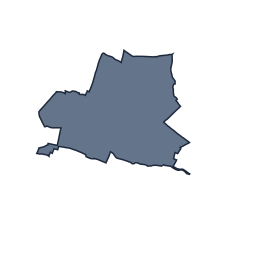 Muntenii De Jos, Vaslui, Romania, rotated 316°
{"feature_id": "2599482B60230314306463", "entity_name": "Muntenii De Jos", "entity_type": "district", "adm_level": 2, "iso_a3": "ROU", "parent_name": "Romania", "parent_adm1": "Vaslui", "projection": "albers", "projection_center": [27.801, 46.588], "detail": "fine", "context": "isolated", "style": "filled", "palette": "slate", "viewbox_px": 256, "rotation_deg": 316, "n_neighbors": 0, "source": "geoboundaries", "source_scale": "gbopen_adm2", "svg_char_len": 5656}
<svg xmlns="http://www.w3.org/2000/svg" viewBox="0 0 256 256"><g transform="rotate(316 128 128)"><path d="M139.9,203.7L139.9,203.9L140.5,203.9L140.3,203.2L139.8,200.5L139.7,199.4L139.0,196.4L138.8,195.8L138.4,195.2L137.0,194.1L136.5,193.5L136.0,192.9L135.7,192.4L135.3,191.7L135.0,191.2L134.9,190.7L134.5,189.8L134.4,189.1L134.1,188.0L133.8,187.1L135.1,186.5L138.2,185.7L140.8,184.7L140.1,183.2L139.5,181.7L144.8,178.3L145.9,180.9L149.3,180.1L151.0,179.7L151.8,179.4L152.0,179.2L152.1,178.8L152.0,178.2L154.9,179.2L157.7,179.9L160.9,180.9L162.1,181.2L162.0,180.2L161.1,174.5L161.0,173.8L160.7,173.0L160.5,171.9L160.2,169.3L159.7,166.8L159.4,164.1L159.2,161.7L159.0,160.7L158.6,158.3L158.4,155.9L158.0,153.8L158.0,151.9L157.9,151.3L157.7,148.6L161.1,148.6L161.5,148.8L162.9,148.9L174.0,148.8L180.8,148.9L180.9,146.9L181.0,146.0L181.4,144.4L181.6,141.6L181.6,141.4L183.1,141.5L183.4,141.5L183.6,140.9L183.7,140.3L183.7,139.7L183.7,139.4L183.6,138.8L183.4,138.2L183.3,137.6L183.3,137.2L183.3,136.9L183.4,136.6L183.5,136.4L184.2,135.6L184.8,134.7L185.7,133.5L185.8,133.3L186.8,132.5L187.2,132.1L188.2,130.5L188.5,130.0L188.7,129.5L188.9,129.3L190.3,128.8L191.1,128.3L191.3,128.3L191.6,128.3L192.5,129.0L193.0,128.5L194.4,127.0L194.6,126.6L194.7,125.6L195.1,122.6L195.6,121.7L196.1,120.8L197.2,119.0L197.5,118.5L197.9,117.7L198.3,117.0L198.5,116.7L199.3,115.8L199.9,115.1L201.9,113.7L204.2,112.2L206.5,110.4L207.3,109.6L207.9,108.8L209.7,107.0L210.2,106.3L210.5,106.0L211.3,105.8L210.6,105.6L210.3,105.1L210.0,104.9L209.1,104.3L208.9,104.0L206.6,102.6L202.4,99.2L199.7,97.3L199.4,97.3L199.0,97.2L198.5,97.2L198.3,97.0L198.1,96.9L198.0,96.5L197.9,96.2L197.2,95.6L195.9,94.6L195.5,94.4L194.6,93.4L192.7,91.3L190.7,89.2L189.4,87.8L188.0,86.3L184.8,83.2L184.3,82.7L183.7,82.1L182.8,81.4L182.1,80.7L181.8,80.5L181.4,80.1L181.1,79.7L180.9,78.6L180.4,76.3L180.2,75.5L180.1,74.8L180.0,74.1L179.8,73.3L179.4,71.6L179.3,70.7L179.1,69.3L178.3,69.9L176.2,71.4L175.0,72.2L173.9,73.0L172.1,74.0L171.1,74.6L169.1,75.7L168.6,76.1L168.3,74.9L168.0,73.8L167.9,73.2L167.4,72.0L166.5,70.1L166.4,69.7L166.3,68.4L166.1,66.6L165.8,65.6L165.3,64.7L165.0,64.0L164.2,62.9L163.0,60.0L162.9,58.4L162.7,57.8L162.5,57.3L162.1,56.8L161.9,56.8L161.2,56.9L160.7,56.9L160.1,56.9L160.0,57.0L159.6,57.2L159.4,57.3L159.2,57.4L154.8,59.2L151.2,61.1L149.7,62.0L145.1,64.7L143.9,65.3L143.6,65.2L142.1,66.1L140.9,66.9L137.2,69.1L134.7,70.5L133.9,71.0L130.9,72.4L130.7,72.6L130.1,72.9L129.8,72.9L129.6,73.0L127.3,74.1L127.1,74.1L126.2,74.5L125.4,74.9L125.1,75.0L125.1,74.7L125.1,74.3L124.7,73.4L124.5,73.0L124.1,73.3L123.4,73.6L122.9,73.7L122.3,73.9L121.7,74.2L121.0,74.4L120.0,74.9L119.9,74.4L119.6,73.5L119.2,73.0L118.8,72.3L118.4,71.9L118.0,71.7L117.8,71.5L117.7,71.4L117.3,71.1L116.4,70.0L117.3,69.0L116.7,68.0L116.5,67.9L116.5,67.7L116.2,66.8L116.1,66.4L115.9,65.6L115.8,65.3L115.6,65.2L115.3,64.8L114.9,64.7L114.5,63.5L114.1,63.1L113.8,62.9L113.4,62.6L111.9,62.3L110.9,61.9L110.4,61.4L109.9,60.2L109.0,58.3L108.7,57.7L108.5,58.0L107.6,59.0L107.3,59.2L106.7,59.7L106.4,58.7L106.4,58.4L106.2,57.9L105.8,57.2L105.5,56.6L104.4,54.9L104.1,54.8L103.4,54.1L103.2,53.8L102.3,52.7L101.7,52.1L101.4,52.4L99.1,52.6L98.7,52.5L97.9,52.6L97.6,52.6L96.3,52.6L94.8,52.8L94.1,52.8L91.7,53.2L90.2,53.2L87.3,53.4L82.5,53.8L81.9,53.9L81.0,53.9L76.5,54.2L75.3,54.4L74.5,55.1L72.9,57.3L72.1,58.7L72.1,58.9L71.9,59.5L71.5,60.9L70.8,62.9L70.7,63.2L70.5,63.9L70.2,64.7L70.1,65.4L69.4,67.5L69.2,68.2L68.9,69.0L69.0,69.2L69.1,69.5L69.5,69.7L70.0,69.9L70.3,70.0L70.6,70.0L70.8,70.1L71.7,71.7L72.4,73.4L73.3,74.8L74.5,76.1L77.3,78.7L78.8,80.2L79.2,80.7L79.8,81.1L79.9,81.4L79.0,81.9L74.4,85.0L70.5,87.7L66.5,90.4L65.0,91.3L59.8,83.6L58.7,84.3L58.5,84.5L58.1,84.2L57.4,83.9L57.0,83.8L55.0,83.3L54.2,82.9L53.4,82.4L52.1,81.8L51.7,81.4L51.3,81.4L50.3,80.6L49.8,80.5L48.5,81.4L46.8,82.1L44.7,82.9L44.9,83.2L45.4,83.9L46.4,85.4L46.6,85.7L46.9,85.8L47.1,86.0L47.4,86.1L47.5,86.2L48.2,87.0L48.5,87.7L49.1,88.5L49.7,89.2L50.7,90.8L50.9,91.2L51.1,91.7L51.4,92.8L51.5,93.5L52.6,92.5L52.8,92.5L52.8,92.4L53.0,92.4L53.8,92.2L55.4,91.5L55.9,93.6L60.4,91.5L60.9,92.5L61.9,94.0L62.3,94.8L65.3,93.1L66.7,94.8L67.7,96.2L68.5,97.2L69.4,98.6L70.6,100.1L71.4,101.0L71.8,101.6L75.5,108.9L76.1,110.4L77.3,113.1L78.8,116.9L79.0,117.3L78.8,117.5L78.7,118.6L78.0,119.4L77.9,119.6L78.2,120.2L78.6,121.1L79.3,122.8L80.0,124.1L80.4,124.7L80.7,125.1L81.8,126.1L82.2,126.7L82.6,126.5L83.8,128.7L83.9,128.8L84.1,129.1L84.6,130.2L87.9,137.8L89.3,137.2L92.8,135.8L94.5,135.1L98.9,132.9L99.3,134.4L99.5,135.6L99.6,136.0L99.0,139.8L98.9,141.0L99.1,141.9L99.7,143.0L101.1,145.3L101.9,146.6L102.6,147.9L103.1,148.6L103.3,149.4L104.4,151.1L104.6,151.6L104.7,152.0L104.8,152.4L105.3,153.3L105.9,154.0L106.1,155.0L106.0,155.6L106.0,155.9L106.1,156.3L106.5,156.9L107.2,157.5L107.5,157.9L108.8,158.0L109.4,158.3L109.5,158.4L110.0,158.9L110.3,159.4L110.8,160.2L111.1,160.8L111.4,161.5L111.5,162.0L112.0,162.9L112.6,163.5L113.0,164.1L113.7,164.8L114.6,166.0L115.1,166.8L115.5,167.9L115.5,168.8L115.7,169.1L116.3,169.6L117.4,170.5L118.0,171.2L118.4,171.5L119.7,172.0L120.7,172.9L121.2,173.2L122.2,174.3L123.4,175.5L124.1,176.8L124.4,177.1L125.0,177.5L125.2,178.0L125.3,178.4L125.5,178.6L125.9,178.7L126.4,178.8L127.8,179.1L128.1,179.4L128.3,179.7L128.4,180.2L128.5,180.7L129.3,181.3L130.0,182.4L130.4,182.9L131.7,184.6L132.1,185.2L132.3,185.9L132.5,187.1L132.7,188.2L133.0,189.3L133.5,190.9L133.9,191.9L134.6,193.1L135.5,194.0L135.8,194.2L136.3,194.3L136.8,194.8L137.3,195.2L137.6,195.6L138.0,196.5L138.5,197.8L138.6,198.3L138.6,198.8L138.6,199.4L138.5,200.2L138.6,201.0L138.7,202.0L138.9,202.4L139.9,203.7Z" fill="#64748b" stroke="#1e293b" stroke-width="1.5"/></g></svg>